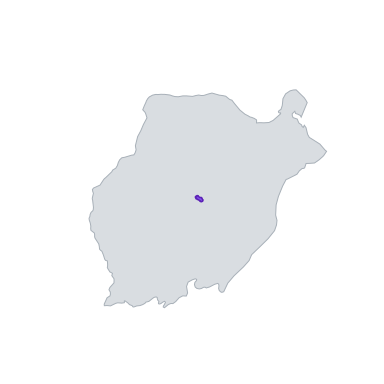 Recea, Brasov, Romania (highlighted), rotated 305°
{"feature_id": "2599482B10221924688269", "entity_name": "Recea", "entity_type": "district", "adm_level": 2, "iso_a3": "ROU", "parent_name": "Romania", "parent_adm1": "Brasov", "projection": "equal_earth", "projection_center": [24.936, 45.69], "detail": "fine", "context": "in_parent", "style": "filled", "palette": "violet", "viewbox_px": 384, "rotation_deg": 305, "n_neighbors": 0, "source": "geoboundaries", "source_scale": "gbopen_adm2", "svg_char_len": 4948}
<svg xmlns="http://www.w3.org/2000/svg" viewBox="0 0 384 384"><g transform="rotate(305 192 192)"><path d="M289.9,211.2L293.1,215.2L297.2,217.4L306.7,219.7L307.5,219.4L307.6,219.0L306.9,218.4L306.8,217.6L307.3,216.7L308.6,216.6L310.7,217.5L314.7,216.3L320.6,213.0L326.1,212.4L331.1,214.3L333.7,216.5L335.4,218.7L335.0,221.3L334.7,222.9L333.6,229.7L332.7,232.2L331.3,235.1L315.9,238.5L316.8,236.9L316.4,234.0L315.7,231.8L317.1,229.9L313.6,229.2L312.1,230.3L310.9,232.1L312.1,236.4L310.5,238.8L309.8,240.1L309.8,243.3L308.8,244.6L308.7,246.1L311.1,245.7L310.1,248.5L305.5,253.7L304.0,256.8L304.6,269.3L302.7,276.7L302.5,278.9L297.6,279.0L296.1,278.8L291.4,277.7L286.0,275.7L282.9,271.9L280.8,269.1L276.4,270.4L275.5,270.0L274.3,268.7L270.9,267.8L266.8,267.8L257.4,262.8L256.3,261.9L249.0,262.8L238.0,265.3L229.7,268.3L221.0,273.8L217.5,277.9L213.5,280.1L207.7,281.8L197.3,281.1L186.5,279.1L174.9,276.8L168.6,278.1L160.1,277.1L147.4,274.5L137.9,273.6L128.5,275.2L126.9,274.0L126.6,272.6L127.0,270.7L128.3,269.1L130.6,267.9L131.8,266.7L131.9,265.5L129.4,263.5L124.2,260.8L122.1,259.1L121.6,258.7L121.5,257.2L120.4,256.0L118.4,255.1L116.8,253.6L115.8,251.3L116.0,249.1L117.6,247.1L119.7,246.2L122.1,246.5L123.1,245.9L122.8,244.5L120.4,242.7L116.0,240.5L111.5,241.7L106.8,246.3L103.5,247.0L101.6,244.0L98.0,242.1L92.9,241.5L89.7,240.4L88.5,238.6L86.3,237.2L81.4,235.8L81.3,234.4L82.1,234.0L83.9,233.9L86.3,233.6L86.7,232.8L86.7,232.1L84.9,231.2L83.0,230.6L82.0,230.0L81.4,229.3L81.3,228.6L81.9,228.1L82.6,228.0L83.4,227.6L83.8,225.9L84.9,224.6L85.6,224.1L85.6,223.1L84.8,222.1L83.8,221.3L82.3,220.8L77.6,219.4L75.3,217.4L73.8,217.3L71.5,216.2L69.1,214.5L67.0,212.1L64.7,210.5L64.1,209.8L64.1,209.2L64.5,208.5L64.5,207.8L63.9,205.4L64.4,202.8L64.4,200.5L64.4,199.4L63.9,199.1L63.5,199.4L62.9,199.9L62.4,200.0L60.7,198.2L58.6,194.7L57.2,193.5L54.4,191.9L52.0,190.6L50.3,187.6L48.6,185.4L49.8,184.4L56.7,183.1L59.8,184.4L61.3,183.9L62.7,182.9L63.5,182.0L63.7,181.1L64.4,180.0L66.7,179.5L72.8,180.2L75.3,178.6L76.3,177.7L76.9,175.9L77.5,174.3L79.7,173.5L79.7,172.2L79.4,170.7L80.8,167.3L81.6,165.9L82.8,165.4L84.3,164.4L87.0,162.2L86.4,160.3L87.0,158.9L89.7,155.4L91.8,152.1L91.8,150.5L92.2,149.0L94.0,147.5L96.0,145.4L98.6,139.0L99.5,137.9L101.2,136.7L102.4,135.5L102.6,131.3L103.8,130.1L106.0,128.7L108.2,126.5L110.1,123.9L111.5,122.7L113.3,122.4L115.3,121.4L117.5,121.0L119.6,121.5L121.0,121.2L123.0,120.0L128.3,115.3L129.1,114.3L130.1,113.7L134.4,112.0L135.5,110.4L136.9,109.0L138.8,109.1L144.9,112.7L151.5,112.5L152.7,112.6L153.1,112.7L153.9,113.0L162.6,114.7L163.9,114.5L164.3,114.4L167.8,115.9L170.9,115.7L173.9,114.7L176.9,114.3L179.8,114.9L181.9,117.0L187.5,121.4L189.1,123.1L191.7,122.9L194.5,122.0L197.4,119.1L206.2,115.7L212.9,114.9L219.4,113.5L226.9,112.6L229.1,109.8L230.3,108.0L231.1,104.5L235.2,103.5L239.1,102.8L240.4,102.4L243.2,102.2L245.4,102.5L248.8,104.2L251.2,106.4L252.2,108.1L254.2,110.5L256.4,113.8L258.8,118.3L259.4,120.6L260.3,123.1L262.1,126.1L265.5,129.4L266.0,130.1L267.6,132.4L270.6,137.6L273.1,139.7L275.3,141.9L276.3,144.2L277.9,146.3L281.6,149.1L284.5,151.6L287.0,158.8L288.7,162.1L289.8,164.7L289.4,169.8L290.1,172.0L288.8,176.1L286.6,184.2L286.1,190.7L286.6,194.2L286.7,196.4L287.3,197.9L288.0,200.8L288.1,203.4L287.3,204.2L286.1,204.8L285.6,205.3L286.7,206.5L288.3,208.7L289.9,211.2Z" fill="#d9dde1" stroke="#a8b0b8" stroke-width="1"/><path d="M191.7,205.7L191.8,205.6L191.9,205.4L191.9,205.2L191.9,204.9L191.9,204.6L192.0,204.5L192.2,204.3L192.3,204.2L192.4,203.8L192.5,203.8L192.5,203.7L192.7,203.4L192.8,203.3L192.9,203.2L192.9,202.9L192.7,202.7L192.4,202.4L192.3,202.1L192.3,201.9L192.2,201.8L192.3,201.8L192.2,201.8L192.2,201.7L192.2,201.4L192.2,201.2L192.1,200.9L192.0,200.6L192.0,200.4L191.9,200.2L191.9,199.9L191.9,199.6L192.0,199.5L191.9,199.4L191.9,199.2L192.0,199.1L192.2,198.9L192.3,198.9L192.2,198.7L192.1,198.4L191.9,198.4L191.8,198.2L191.7,198.2L191.4,198.1L191.3,197.9L191.2,197.9L191.2,198.0L190.9,198.0L190.7,198.0L190.6,197.9L190.6,197.7L190.4,197.7L190.2,197.6L189.9,197.6L189.9,197.8L189.7,197.9L189.6,198.0L189.4,198.2L189.4,198.3L189.5,198.3L189.4,198.4L189.5,198.4L189.5,198.5L189.4,198.6L189.4,198.8L189.5,199.0L189.4,199.2L189.5,199.2L189.4,199.0L189.2,199.0L189.1,199.3L189.1,199.5L189.0,199.9L189.0,200.1L188.9,200.2L188.9,200.3L189.0,200.3L189.0,200.6L189.0,200.8L189.2,201.0L189.3,201.0L189.3,201.3L189.3,201.5L189.2,201.5L189.2,201.8L189.2,202.0L189.3,202.1L189.3,202.3L189.4,202.5L189.4,202.8L189.5,202.8L189.6,203.0L189.7,203.3L189.6,203.5L189.5,203.8L189.4,203.7L189.3,203.3L189.2,203.3L189.1,203.5L189.0,203.8L189.0,204.0L189.3,204.1L189.5,204.1L189.5,204.3L189.5,204.6L189.5,204.8L189.4,204.8L189.2,204.9L189.2,205.0L189.3,205.1L189.5,205.0L189.8,205.2L189.9,205.3L189.8,205.5L190.0,205.6L190.2,205.8L190.3,205.9L190.4,206.0L190.5,206.0L190.7,205.9L190.8,205.8L190.9,205.7L191.0,205.7L191.3,205.6L191.5,205.6L191.7,205.7Z" fill="#8b5cf6" stroke="#5b21b6" stroke-width="1.5"/></g></svg>